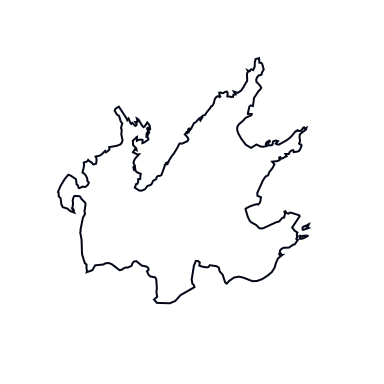 Peloponnisos, orthographic projection, rotated 240°
{"feature_id": "GRC-2885", "entity_name": "Peloponnisos", "entity_type": "Region", "adm_level": 1, "iso_a3": "GRC", "parent_name": "Greece", "parent_adm1": "", "projection": "orthographic", "projection_center": [22.642, 37.277], "detail": "fine", "context": "isolated", "style": "outline", "palette": "ink", "viewbox_px": 384, "rotation_deg": 240, "n_neighbors": 0, "source": "natural_earth", "source_scale": "10m", "svg_char_len": 6070}
<svg xmlns="http://www.w3.org/2000/svg" viewBox="0 0 384 384"><g transform="rotate(240 192 192)"><path d="M268.8,93.5L266.9,95.1L261.2,97.9L256.3,95.9L255.2,96.4L252.0,95.9L251.6,96.7L251.4,100.1L250.4,100.9L249.7,102.3L250.2,105.2L251.7,107.4L254.0,106.9L256.1,108.0L258.9,108.3L261.6,107.9L263.6,106.9L267.4,110.5L269.5,112.1L271.6,113.0L271.0,115.8L271.1,117.1L271.7,118.1L270.1,118.5L267.9,119.8L265.3,120.2L265.0,120.7L264.5,123.1L267.4,125.4L269.0,126.1L270.9,126.2L269.8,129.6L269.6,131.9L271.0,137.4L269.4,137.4L269.7,140.6L270.2,141.9L272.3,142.7L269.7,149.7L269.0,153.7L269.8,155.8L271.5,157.7L277.3,159.6L280.9,162.2L282.9,162.5L286.4,166.0L288.5,165.5L294.4,166.9L296.6,165.7L301.1,165.7L302.4,167.5L302.5,171.3L288.6,172.1L286.5,171.8L287.3,173.8L283.0,173.2L281.4,173.4L281.7,174.9L277.6,175.9L277.6,177.3L278.5,178.0L280.9,177.9L280.1,179.0L280.1,179.9L283.3,181.0L281.5,181.9L274.9,181.9L272.5,182.4L272.4,183.7L274.6,188.0L272.1,188.5L270.5,188.5L267.2,187.1L267.2,186.0L269.6,186.0L269.6,185.0L268.3,184.6L266.6,184.9L265.1,184.8L264.0,183.1L266.4,184.1L265.8,182.7L265.0,181.7L262.4,180.0L261.5,181.0L260.3,181.0L259.2,180.3L258.8,175.3L259.1,173.5L261.7,175.2L262.9,174.1L263.8,172.0L263.9,169.9L267.2,171.9L267.2,171.0L266.6,169.6L266.0,166.4L261.9,164.4L257.8,165.5L255.9,164.9L257.5,163.8L255.9,160.8L251.8,163.5L251.1,164.9L249.4,159.5L248.2,157.6L246.2,155.7L243.7,155.7L243.3,155.2L242.9,153.7L241.2,153.0L238.9,152.8L240.4,153.2L241.3,154.8L239.0,153.8L236.9,154.0L233.3,156.7L232.5,155.8L229.2,153.7L230.0,151.7L228.5,151.0L227.2,149.9L226.5,148.7L226.8,147.6L224.4,144.6L219.7,147.0L218.3,149.1L217.9,152.8L219.5,156.3L218.8,159.8L219.3,161.4L221.1,163.9L221.1,167.5L222.8,169.1L222.8,170.6L222.0,172.6L222.0,174.0L228.2,181.4L229.3,182.1L228.5,184.3L230.1,184.2L230.1,185.2L229.3,185.2L229.3,186.2L230.5,187.4L233.3,192.5L234.2,195.2L238.2,202.4L239.6,204.3L240.2,205.8L238.9,207.4L238.3,213.2L239.2,215.1L241.5,215.5L245.5,214.6L245.6,215.3L246.4,216.7L245.6,217.2L246.4,217.7L245.5,218.8L247.6,219.5L248.5,220.7L248.2,221.5L246.4,220.7L247.5,223.3L250.7,228.1L250.5,229.8L252.1,234.9L249.7,235.0L251.3,237.9L252.1,237.0L252.7,239.6L252.2,242.0L253.4,244.0L255.7,249.9L256.6,251.2L256.3,252.4L257.8,255.0L261.1,258.3L261.9,259.9L262.2,261.5L261.7,262.8L260.4,263.3L260.4,264.2L262.6,264.5L264.4,265.3L263.9,266.5L262.6,267.5L262.1,268.4L262.1,270.9L261.4,272.5L259.9,272.4L257.1,270.4L256.0,272.1L254.6,273.6L253.9,275.1L255.5,276.5L254.7,278.5L258.0,278.5L255.0,281.1L255.2,285.0L257.0,288.9L259.3,292.7L260.6,295.3L267.0,298.8L268.3,300.8L269.5,300.9L267.8,301.9L267.8,302.8L268.6,303.7L268.7,304.5L268.1,305.2L267.0,305.9L269.1,308.9L272.7,311.1L275.3,313.5L274.4,317.0L270.3,315.0L269.2,316.5L267.7,316.8L262.3,315.4L260.4,312.2L258.9,311.0L258.9,310.1L259.6,308.1L258.8,305.7L257.1,303.7L255.2,302.9L250.1,304.1L247.7,304.1L246.7,302.5L246.1,300.1L242.5,292.8L236.0,287.8L237.7,286.0L237.2,284.3L232.2,279.7L231.6,279.5L231.1,280.6L229.5,282.7L228.9,281.9L228.8,280.6L229.4,277.1L229.2,274.8L228.1,271.6L227.2,266.3L225.6,263.7L223.0,262.1L219.6,261.4L213.5,261.3L206.1,262.2L200.7,265.2L200.9,271.5L197.0,274.3L195.5,276.4L194.5,279.7L196.3,279.7L197.4,280.7L197.9,282.5L197.7,284.8L196.9,284.8L196.3,282.7L195.5,281.9L194.5,281.7L193.5,282.5L192.9,283.9L192.7,285.2L195.2,287.5L194.6,290.5L193.0,291.9L192.0,288.7L190.3,289.8L189.6,291.3L189.5,300.0L189.9,303.4L190.6,306.2L192.8,312.1L192.3,312.9L192.8,314.2L191.2,315.3L190.7,316.8L191.1,318.6L192.0,320.3L192.0,321.3L190.9,321.2L190.6,321.6L190.4,323.3L189.0,321.7L188.5,316.4L187.9,314.2L186.1,312.7L182.0,311.0L180.5,309.0L179.7,309.0L178.5,310.3L177.3,310.0L175.3,307.5L174.1,305.3L174.2,303.7L175.7,300.0L177.6,300.6L178.2,298.8L177.7,296.4L176.5,294.9L178.2,291.9L175.7,291.9L175.9,290.0L175.8,287.7L176.2,286.0L178.2,285.8L178.2,284.7L175.9,283.9L176.1,281.4L178.2,276.6L174.7,277.2L172.4,273.5L170.6,268.9L168.4,266.3L168.6,263.4L166.8,259.6L158.6,248.1L156.0,246.8L153.0,249.1L149.9,246.7L148.7,245.2L148.1,243.0L148.4,243.0L149.0,242.2L149.8,239.4L150.6,234.9L150.8,230.8L150.5,229.8L142.6,227.9L138.1,227.6L136.0,228.2L131.5,231.0L127.0,232.2L125.7,233.8L125.0,235.7L123.7,249.9L123.1,251.7L123.0,253.0L124.5,257.3L123.8,259.1L127.0,261.9L128.7,262.2L128.7,263.2L127.1,263.3L125.7,263.9L124.9,264.9L125.3,266.1L124.6,267.4L118.2,273.2L117.2,273.2L111.2,261.0L107.3,261.5L104.2,263.0L102.8,261.5L100.0,260.3L99.3,258.9L98.6,258.9L97.5,259.5L95.3,254.8L95.8,253.4L95.4,248.6L95.8,247.3L97.9,243.5L98.0,241.0L97.2,238.8L95.5,237.8L93.1,238.5L94.2,237.9L94.5,237.5L94.7,236.5L93.6,236.4L93.0,236.8L92.3,238.5L91.5,233.2L88.6,229.3L85.1,225.6L82.7,221.0L81.7,215.1L81.5,209.2L82.4,203.9L84.5,199.8L92.0,193.8L95.2,190.4L96.9,185.6L96.4,179.7L95.3,176.3L97.2,175.5L105.1,177.2L109.3,176.3L113.2,177.4L115.5,176.1L119.7,170.8L118.8,168.6L119.6,166.7L122.6,163.2L124.6,161.5L127.1,163.5L129.3,162.7L130.4,160.9L127.1,156.7L116.4,148.0L112.5,146.5L110.4,147.0L108.4,146.6L108.4,130.4L106.0,123.1L106.7,117.2L113.5,106.2L117.8,105.3L118.7,109.5L122.9,111.0L126.5,113.6L134.4,117.4L136.5,117.4L139.6,113.8L141.8,113.0L145.8,113.3L146.2,115.4L148.1,116.1L150.3,115.2L153.4,111.7L160.0,109.2L160.8,106.9L160.0,104.7L158.3,102.8L158.6,98.8L159.7,97.0L160.1,94.6L159.8,92.1L160.5,90.2L169.4,86.5L171.7,84.8L172.8,83.0L173.6,81.1L173.5,79.1L176.9,71.5L174.1,66.6L175.2,60.7L175.9,61.4L179.5,62.9L181.9,64.4L184.0,63.6L193.2,65.7L205.9,72.5L212.9,75.0L213.9,76.1L215.0,76.5L224.3,84.7L226.4,88.3L229.3,89.4L234.7,93.8L236.5,94.1L241.1,92.8L243.9,92.8L244.7,92.3L247.1,88.7L247.3,87.9L246.2,86.2L244.4,84.5L241.3,83.1L238.4,80.7L236.3,80.6L237.0,79.9L233.1,79.7L235.6,77.6L236.8,76.8L239.8,75.9L243.5,72.5L246.6,72.7L252.4,75.1L254.7,74.4L258.2,76.1L259.0,75.9L263.1,81.4L266.8,88.1L268.8,93.5ZM104.2,269.0L106.0,270.0L106.2,271.7L105.8,274.0L105.7,277.1L104.6,275.8L104.1,274.1L102.5,275.2L103.6,269.3L104.2,269.0ZM96.0,271.0L96.2,265.7L96.7,263.5L97.7,261.9L99.3,263.0L100.1,262.9L100.1,263.8L98.5,264.9L98.5,266.5L96.0,271.0Z" fill="none" stroke="#020617" stroke-width="2"/></g></svg>